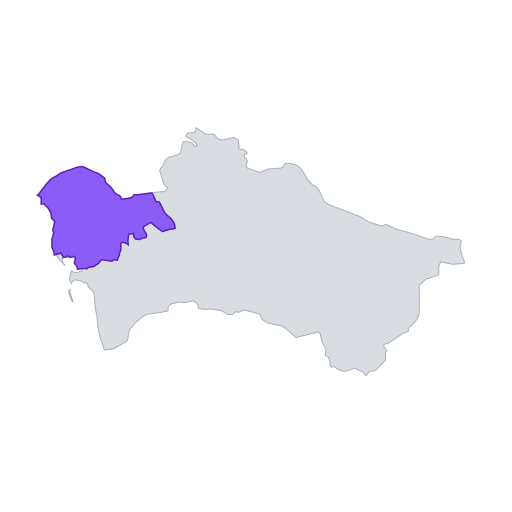 Turkmenbasy, Balkan, Turkmenistan shown in context, rotated 350°
{"feature_id": "10190150B25855408224134", "entity_name": "Turkmenbasy", "entity_type": "district", "adm_level": 2, "iso_a3": "TKM", "parent_name": "Turkmenistan", "parent_adm1": "Balkan", "projection": "albers", "projection_center": [54.807, 40.968], "detail": "fine", "context": "in_parent", "style": "filled", "palette": "violet", "viewbox_px": 512, "rotation_deg": 350, "n_neighbors": 0, "source": "geoboundaries", "source_scale": "gbopen_adm2", "svg_char_len": 6620}
<svg xmlns="http://www.w3.org/2000/svg" viewBox="0 0 512 512"><g transform="rotate(350 256 256)"><path d="M149.1,175.2L171.2,176.0L178.0,176.8L180.7,173.5L180.6,172.7L179.5,172.0L177.9,169.9L176.0,154.9L177.8,152.7L180.0,151.1L183.0,146.3L184.7,144.8L187.2,143.5L195.5,142.9L199.0,141.9L201.8,136.4L202.3,133.3L204.4,130.7L205.7,130.7L211.4,132.6L212.7,133.6L214.8,137.5L216.9,137.1L217.1,136.5L216.9,135.6L215.2,133.2L211.4,128.9L207.9,126.3L207.6,125.4L210.4,123.0L216.4,123.7L217.8,123.0L219.2,119.3L227.4,127.0L228.9,127.7L235.2,128.5L236.3,129.5L238.7,134.0L240.8,135.1L243.5,135.9L254.7,135.4L258.3,138.3L258.9,139.0L258.4,141.2L258.4,145.4L257.6,147.2L258.3,147.8L262.3,149.3L264.8,151.9L265.1,153.0L264.5,153.8L262.6,153.6L261.8,154.8L261.9,157.0L263.4,159.0L263.9,160.8L262.2,165.3L262.3,167.1L263.0,168.1L273.5,174.0L275.1,174.1L284.9,172.3L286.8,172.9L295.4,173.7L297.8,173.3L299.3,171.1L300.8,170.1L302.3,170.0L306.4,171.0L311.0,173.5L314.0,175.8L315.6,178.0L320.6,190.5L323.7,195.5L327.0,197.9L329.6,202.7L332.4,213.5L333.8,215.6L338.9,219.5L364.8,234.9L373.0,242.1L385.2,248.5L389.3,247.2L399.1,254.3L405.1,256.8L413.1,260.8L429.8,269.9L433.2,270.0L436.7,268.0L440.1,268.4L446.3,270.5L453.1,273.9L458.7,274.7L460.4,276.3L460.7,277.3L458.4,283.1L458.9,290.0L460.4,299.1L459.0,299.4L448.0,298.3L437.3,293.9L435.2,296.0L434.2,298.1L432.6,306.3L419.1,308.5L411.5,313.3L407.1,339.9L405.8,343.3L401.7,348.0L394.3,353.0L393.2,354.8L393.1,356.4L392.2,356.9L387.8,357.4L371.6,364.7L367.9,365.1L366.5,365.7L366.0,366.7L368.3,371.7L366.9,373.3L366.1,376.0L365.7,380.6L355.2,388.6L353.0,389.6L348.4,389.3L346.2,390.3L344.0,392.7L342.9,392.1L342.1,389.9L340.8,388.6L333.4,383.5L325.5,385.0L322.5,384.8L320.1,384.0L316.2,381.1L313.6,378.2L311.2,378.7L310.3,377.3L310.1,375.6L310.7,373.5L310.2,369.6L308.6,367.0L306.9,365.9L308.4,361.2L308.1,357.9L306.7,354.3L305.9,349.1L305.8,343.9L304.1,341.5L281.1,343.2L272.1,331.7L268.5,329.0L256.9,324.6L253.6,322.1L250.8,319.2L249.9,315.2L248.6,312.8L246.7,312.5L237.6,308.2L234.0,307.1L229.2,308.5L226.2,307.3L222.9,309.3L221.5,309.5L217.8,308.5L213.2,304.3L209.4,302.7L201.4,300.2L195.8,299.6L190.9,298.0L190.3,297.4L190.1,293.8L189.4,292.3L187.9,290.5L186.0,289.2L177.6,289.5L173.8,288.3L170.7,288.1L164.1,288.5L161.9,289.5L160.7,290.7L160.0,294.3L159.3,294.8L152.8,295.0L139.1,294.4L133.3,296.2L124.4,301.7L119.3,306.3L117.8,308.4L114.8,316.5L113.4,317.7L111.7,318.6L109.9,318.8L101.7,322.0L98.5,322.7L90.3,322.2L88.5,310.2L87.9,300.6L88.9,287.4L88.6,279.0L90.1,266.1L89.6,262.9L85.5,257.2L85.0,253.3L82.5,253.0L78.5,249.6L74.6,248.3L72.6,248.2L70.7,249.1L69.4,251.0L68.5,247.9L68.6,244.8L71.9,238.3L73.8,240.3L76.2,241.1L82.3,240.8L81.7,238.5L78.6,236.2L78.1,233.2L78.3,230.2L79.2,227.3L78.3,226.1L76.9,225.4L73.6,225.4L65.1,224.2L64.0,227.6L66.3,232.1L62.5,226.9L60.0,221.6L58.4,215.4L58.3,208.8L61.8,198.3L64.7,185.3L67.8,190.9L70.1,193.3L75.4,195.0L77.9,194.6L80.6,193.3L83.3,193.8L87.4,199.5L90.3,200.1L96.5,198.0L99.4,197.6L101.9,198.6L104.6,198.6L103.4,195.9L103.0,193.4L104.5,192.0L109.3,193.5L113.2,192.0L113.9,191.3L114.3,189.1L113.7,184.7L112.8,182.8L110.6,180.1L102.1,173.8L99.3,171.3L96.9,168.0L93.1,155.1L90.3,146.8L89.1,145.8L84.2,145.1L74.8,146.9L71.5,146.4L70.0,147.3L66.1,150.7L64.3,153.6L61.6,160.3L63.5,162.6L61.8,174.0L62.5,178.9L62.2,179.3L59.5,173.1L55.8,166.9L52.9,157.6L58.6,151.7L63.5,147.5L68.6,144.4L74.0,142.3L85.9,139.1L92.5,138.0L97.9,137.9L102.0,139.9L113.1,147.4L117.9,151.6L119.3,153.3L120.6,157.3L128.9,170.3L130.8,172.1L134.0,176.3L137.1,177.5L149.1,175.2ZM67.7,268.0L67.4,269.7L65.9,264.5L65.2,258.7L66.3,257.1L67.4,257.2L66.3,259.3L67.7,268.0Z" fill="#d9dde1" stroke="#a8b0b8" stroke-width="1"/><path d="M57.5,220.0L58.8,219.9L59.6,219.6L62.0,219.6L62.5,219.6L63.0,219.4L63.4,219.3L63.8,219.3L64.0,219.3L64.3,219.4L64.2,219.5L64.4,219.6L64.8,220.5L65.3,221.5L65.8,222.5L65.9,222.8L65.9,223.4L65.9,223.5L65.9,223.9L68.6,223.9L70.3,223.1L72.5,224.9L76.8,224.8L77.7,226.8L77.0,229.1L76.0,230.6L76.0,232.1L77.5,234.2L77.9,236.1L77.8,238.0L79.0,238.0L82.6,238.2L84.1,238.3L84.7,238.5L87.5,239.2L88.3,238.2L89.7,238.2L91.0,238.2L92.3,238.2L93.7,238.2L94.6,238.2L95.3,237.7L96.3,237.5L96.5,237.4L96.9,237.1L97.3,236.8L97.6,236.7L98.3,236.5L99.9,235.9L100.2,235.4L100.6,234.8L100.6,234.7L101.5,234.2L101.8,233.9L102.3,233.6L102.5,233.4L103.3,232.8L104.5,233.3L104.9,233.3L105.1,233.4L106.1,233.7L106.9,234.0L107.3,234.1L107.9,234.4L108.1,234.4L109.2,234.6L109.5,234.7L110.5,235.2L111.1,235.5L112.1,235.9L112.6,236.0L113.3,236.0L113.6,235.8L113.8,235.6L114.0,235.5L114.7,235.3L115.6,235.0L116.3,235.2L116.8,235.4L117.0,235.5L117.6,235.9L118.8,236.1L119.6,234.4L119.7,234.2L119.8,234.0L121.5,231.7L122.2,229.4L122.4,229.0L122.4,228.9L123.3,227.7L123.9,226.6L124.3,225.2L124.6,223.4L124.7,221.4L125.0,220.9L125.5,219.9L125.8,219.7L126.8,219.2L127.9,219.7L128.8,220.1L129.5,220.5L130.5,221.1L131.0,221.6L131.4,222.1L132.0,222.8L132.2,221.3L132.5,220.1L132.5,219.3L132.5,218.7L132.7,218.0L133.3,216.2L133.8,214.3L133.9,214.0L134.0,213.7L134.4,212.5L139.2,212.5L139.1,213.1L139.1,213.7L139.0,214.7L139.0,215.4L139.1,216.4L139.8,217.4L139.8,217.5L140.5,218.5L142.2,219.0L144.3,219.5L145.6,219.2L147.0,218.8L147.6,218.7L148.4,218.6L148.7,218.6L150.6,218.9L151.6,217.5L151.7,216.4L151.7,215.8L151.7,214.8L151.7,214.7L151.3,213.9L151.1,213.4L150.8,212.8L150.5,212.1L150.4,211.8L150.2,211.5L150.2,211.1L150.1,210.7L150.0,210.3L149.9,209.7L149.9,209.3L149.9,208.5L149.8,207.8L155.7,205.6L158.2,204.6L158.3,204.7L161.6,208.8L162.6,209.8L162.8,209.9L163.4,210.7L164.5,212.0L165.2,212.7L166.2,213.7L166.4,213.9L166.9,214.3L167.4,214.9L168.0,215.6L170.3,215.6L170.7,215.0L173.5,215.1L175.3,214.7L175.5,214.7L176.2,214.7L180.1,215.0L180.6,214.8L181.2,214.7L181.3,214.6L181.3,212.4L181.3,211.6L181.0,209.4L179.7,206.1L178.3,203.6L176.1,201.2L175.2,199.9L173.9,198.1L172.8,194.9L172.4,193.8L172.0,192.2L171.1,188.8L170.7,187.7L169.9,185.8L166.9,185.2L166.6,183.5L166.1,181.1L165.3,178.1L164.4,175.8L151.7,175.2L148.6,174.9L146.6,174.5L143.9,176.8L141.3,177.1L133.7,176.7L132.3,172.9L130.0,171.5L127.4,168.8L126.8,166.5L124.1,161.6L120.9,158.0L120.4,155.5L120.6,153.2L115.2,147.4L112.2,145.8L105.7,141.3L102.7,139.0L100.1,137.6L95.0,137.5L88.8,138.8L85.0,139.2L79.0,140.2L78.1,140.4L74.8,141.9L72.9,142.7L70.2,143.6L66.3,145.4L61.6,149.1L59.9,151.0L57.1,153.2L53.5,156.7L51.3,158.2L54.7,160.9L53.7,166.1L53.5,167.7L55.9,167.5L59.5,172.4L60.7,175.6L61.5,178.7L61.2,183.1L63.8,187.3L60.2,195.7L61.0,197.2L59.4,201.3L57.9,204.1L57.0,209.9L56.5,212.0L57.1,214.1L57.7,217.2L57.7,218.3L57.7,219.3L57.5,220.0Z" fill="#8b5cf6" stroke="#5b21b6" stroke-width="1.5"/></g></svg>